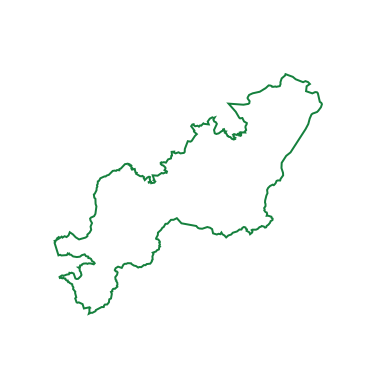 Nhu Thanh, Thanh Hóa, Vietnam (Natural Earth projection), rotated 244°
{"feature_id": "81297802B85505749224324", "entity_name": "Nhu Thanh", "entity_type": "district", "adm_level": 2, "iso_a3": "VNM", "parent_name": "Vietnam", "parent_adm1": "Thanh Hóa", "projection": "natural_earth1", "projection_center": [105.557, 19.588], "detail": "fine", "context": "isolated", "style": "outline", "palette": "green", "viewbox_px": 384, "rotation_deg": 244, "n_neighbors": 0, "source": "geoboundaries", "source_scale": "gbopen_adm2", "svg_char_len": 6006}
<svg xmlns="http://www.w3.org/2000/svg" viewBox="0 0 384 384"><g transform="rotate(244 192 192)"><path d="M214.0,347.3L215.5,347.3L217.0,346.4L225.6,348.4L226.9,348.0L227.8,346.5L227.9,343.4L232.6,338.7L236.8,341.4L237.4,345.3L239.9,344.5L241.9,342.6L242.0,340.0L247.9,334.6L251.3,333.1L256.9,327.7L255.9,326.7L254.8,322.4L251.9,319.6L250.2,318.9L248.7,317.3L249.6,313.8L250.3,313.2L251.0,310.9L251.5,310.1L252.3,310.1L253.4,309.0L254.2,307.6L253.1,303.9L252.4,296.9L254.1,289.8L254.2,285.9L252.5,283.4L251.6,283.0L248.4,283.6L246.7,282.4L246.5,281.2L247.9,276.5L255.4,263.6L244.9,266.5L238.1,267.0L237.1,267.5L236.4,269.7L232.6,269.7L229.9,271.5L228.8,270.7L227.8,269.1L226.8,268.4L223.9,267.8L223.4,266.4L222.2,266.0L222.7,265.5L222.6,264.8L223.1,264.5L223.6,262.7L224.3,262.2L224.5,261.1L223.5,261.0L223.3,261.8L222.7,261.7L221.8,261.2L221.8,260.4L221.3,260.5L221.3,260.0L222.2,259.7L222.3,259.1L224.0,259.2L224.2,258.7L223.5,257.4L225.6,255.2L225.5,254.0L224.3,254.2L223.5,253.6L221.7,254.6L221.5,253.1L220.8,253.4L220.9,252.5L222.4,251.1L224.5,250.6L225.3,249.4L226.4,249.1L226.6,248.5L229.2,248.5L230.6,247.7L230.7,248.4L231.4,248.4L231.6,248.9L232.2,248.0L234.5,248.3L234.6,247.3L233.4,246.9L233.7,245.5L233.0,241.7L233.5,239.3L234.8,238.2L238.1,239.0L242.3,244.2L244.3,244.0L245.6,242.9L247.6,242.9L249.0,245.0L249.1,243.7L250.2,243.0L250.1,240.1L248.4,237.0L245.4,236.7L247.9,232.8L248.7,232.3L247.6,229.4L248.3,228.5L247.7,226.9L249.1,226.1L249.7,223.7L251.1,223.0L252.2,223.2L252.5,221.9L251.5,220.1L246.3,221.1L246.0,220.4L245.3,220.3L241.9,221.7L241.1,219.2L238.1,214.2L237.9,212.8L239.5,210.5L233.8,204.4L231.2,203.0L230.7,201.8L231.8,198.5L233.6,197.3L233.9,194.2L235.2,193.1L236.1,193.7L237.0,191.3L233.5,190.0L233.6,189.3L231.4,187.8L231.8,184.8L229.8,181.4L231.1,179.9L231.5,178.0L232.1,177.6L232.0,176.7L230.8,176.2L229.3,176.8L228.3,177.9L225.7,178.8L224.6,178.4L223.7,176.9L221.4,178.5L220.4,177.5L221.2,176.7L221.3,174.3L222.4,173.0L221.7,168.3L224.2,164.0L220.1,163.4L219.6,162.8L219.3,163.3L218.8,163.0L217.6,163.6L216.9,162.3L217.8,159.2L218.9,159.6L219.4,157.3L219.9,157.4L219.8,159.1L223.1,160.0L223.8,160.8L224.6,160.1L224.6,158.2L223.4,154.8L225.8,154.7L226.4,155.4L228.2,154.5L228.3,153.4L229.0,152.3L232.8,149.8L233.5,150.7L234.4,149.8L237.8,150.6L238.4,147.9L239.5,147.8L239.7,148.8L241.3,148.3L242.2,149.1L242.9,148.8L243.0,147.8L243.7,147.9L244.1,147.3L244.5,147.8L245.6,146.7L246.4,143.9L244.3,138.4L244.4,136.8L243.4,136.2L244.6,134.2L244.3,133.0L245.1,132.0L245.7,130.0L243.9,124.8L244.2,122.4L243.8,121.2L244.4,120.1L244.5,115.7L242.8,113.2L242.8,112.0L240.6,110.8L239.8,109.6L238.3,109.3L237.6,108.2L235.4,106.9L233.1,103.9L232.8,102.7L229.7,101.7L228.2,102.2L223.5,100.1L221.0,99.8L214.7,95.6L213.2,93.4L213.3,90.0L212.8,88.8L211.0,88.3L207.9,88.5L205.4,85.7L202.2,84.8L200.4,82.2L199.6,79.3L198.1,78.6L197.7,76.4L198.9,69.7L202.3,67.6L206.1,66.4L209.4,64.5L207.1,62.0L206.5,59.5L208.1,58.1L207.8,55.6L209.0,55.3L208.6,53.0L209.9,52.5L209.5,50.5L208.4,50.9L208.2,47.1L207.2,47.4L206.5,46.2L193.6,44.2L193.4,45.9L192.2,46.8L190.2,51.8L191.2,53.4L190.6,53.6L190.5,54.6L189.5,54.4L188.7,55.7L186.2,56.9L184.0,60.0L183.0,62.9L183.5,65.4L183.0,68.2L180.8,68.6L179.4,70.4L178.1,69.9L177.1,71.3L176.1,71.9L173.7,71.9L172.1,73.0L170.6,73.3L170.1,72.0L172.2,69.6L173.2,67.7L173.2,66.6L174.2,65.6L175.2,63.1L175.1,61.3L174.5,60.7L175.0,59.2L173.5,58.3L174.0,56.8L172.6,57.5L170.4,56.6L168.9,56.9L165.9,56.3L165.0,55.0L163.9,51.6L164.4,50.2L165.4,49.3L170.6,49.9L172.2,48.5L172.2,47.4L173.1,46.4L172.0,45.3L172.7,43.2L172.9,40.3L174.0,38.6L173.7,35.7L172.9,35.6L173.1,36.8L173.1,37.7L173.0,36.4L172.3,36.4L171.1,37.9L171.4,38.7L169.7,39.7L169.6,40.2L168.3,40.1L167.2,40.7L166.9,41.5L165.3,41.2L165.0,41.9L163.7,42.3L161.6,43.9L160.2,43.4L158.3,43.6L156.9,42.6L153.5,43.4L152.6,42.7L148.1,41.8L147.6,40.4L143.4,39.9L142.7,40.5L142.4,41.9L139.2,44.5L134.7,43.8L133.3,49.4L132.6,49.6L132.6,48.9L129.3,47.3L127.8,45.9L127.8,48.1L127.1,49.5L127.2,53.0L128.0,53.8L128.2,60.4L127.3,62.2L128.5,63.2L129.0,64.4L128.1,66.5L129.3,69.0L131.8,70.6L131.8,72.5L135.6,75.3L137.7,75.4L137.6,76.8L138.6,77.1L139.4,78.4L139.3,79.6L138.8,80.2L139.6,83.4L140.7,83.4L141.3,84.3L143.3,85.1L145.1,84.8L145.7,85.3L146.8,84.9L149.1,85.7L150.5,88.4L152.4,89.9L153.7,89.5L154.1,88.7L155.7,88.4L157.0,90.0L157.3,92.8L154.6,95.6L156.8,98.6L156.9,100.3L156.3,101.3L156.2,103.1L154.6,106.0L153.9,106.0L151.4,107.5L150.0,109.2L147.7,110.5L147.7,111.7L146.7,113.5L147.4,116.7L146.6,118.2L147.1,119.6L145.9,123.1L147.2,125.5L148.2,126.0L148.5,127.0L151.5,128.2L153.3,130.3L154.7,130.1L154.3,133.6L155.0,134.9L154.9,137.1L157.0,138.5L157.0,139.3L158.2,139.1L158.8,140.1L160.9,140.4L161.1,141.2L161.7,141.3L164.1,140.9L165.4,139.3L166.1,139.4L168.3,142.4L170.4,143.6L171.5,147.5L172.9,149.8L172.9,151.1L175.0,154.2L174.2,156.1L176.2,160.9L175.1,163.2L175.1,166.9L168.5,168.8L159.6,180.9L157.2,181.6L156.0,182.6L154.5,185.1L153.8,190.4L152.0,192.5L149.8,193.8L145.6,192.8L142.9,195.7L142.8,197.5L141.7,198.9L142.7,200.7L140.7,200.8L138.7,202.1L136.2,202.8L137.0,205.6L136.6,208.6L137.5,210.8L136.8,215.2L137.5,218.2L136.6,220.0L137.7,221.6L137.8,223.3L136.7,224.5L135.1,224.4L134.3,225.0L133.2,224.0L130.6,225.9L128.6,225.7L129.2,228.3L130.2,229.1L131.6,228.9L131.7,229.7L130.1,233.0L130.0,234.8L130.8,237.2L130.6,238.8L130.9,239.7L129.5,241.4L128.0,242.0L127.8,243.2L128.8,244.3L129.1,246.3L130.2,248.7L131.3,249.8L131.5,252.0L132.0,252.4L132.8,252.8L133.9,252.2L135.0,252.5L137.5,249.8L137.9,248.7L139.3,249.9L140.8,250.2L141.7,249.3L143.8,248.9L144.5,249.7L145.9,249.8L147.1,251.9L149.0,252.8L150.5,253.0L152.4,254.1L156.3,257.4L157.8,259.3L160.9,260.4L162.3,262.2L163.2,264.9L163.2,267.8L162.3,268.5L162.4,269.0L163.2,270.9L164.9,272.9L164.8,274.2L163.7,276.3L164.9,277.3L167.0,281.2L169.3,282.2L174.3,282.9L178.9,285.4L183.2,292.5L184.4,297.9L198.7,321.6L202.1,326.3L206.4,330.0L209.3,333.4L209.6,334.8L209.1,339.4L209.6,341.0L211.7,345.1L214.0,347.3Z" fill="none" stroke="#15803d" stroke-width="2"/></g></svg>